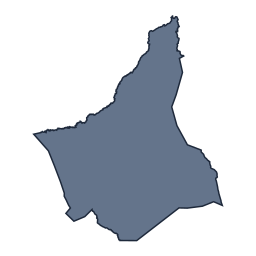 the district of Dashinchilen, Bulgan, Mongolia
{"feature_id": "93677404B19716621729133", "entity_name": "Dashinchilen", "entity_type": "district", "adm_level": 2, "iso_a3": "MNG", "parent_name": "Mongolia", "parent_adm1": "Bulgan", "projection": "albers", "projection_center": [104.04, 47.859], "detail": "fine", "context": "isolated", "style": "filled", "palette": "slate", "viewbox_px": 256, "rotation_deg": 0, "n_neighbors": 0, "source": "geoboundaries", "source_scale": "gbopen_adm2", "svg_char_len": 5644}
<svg xmlns="http://www.w3.org/2000/svg" viewBox="0 0 256 256"><path d="M183.7,56.0L183.2,55.5L181.8,55.5L181.0,55.0L180.1,53.6L180.1,52.1L180.0,51.6L179.8,51.4L178.4,51.0L177.7,50.6L177.4,50.9L177.0,50.8L177.0,50.2L177.3,49.8L177.3,49.5L177.0,49.0L176.8,48.1L177.5,46.0L177.5,45.3L177.1,44.2L177.6,43.6L178.2,43.3L178.2,41.9L178.7,40.6L179.0,39.0L179.0,38.4L178.1,38.0L177.3,37.0L177.3,36.2L177.5,35.9L177.4,35.3L176.7,33.2L175.9,32.2L175.9,31.7L176.0,31.3L176.5,31.1L177.2,31.6L177.6,31.6L177.7,29.9L177.2,29.2L177.3,28.9L177.8,28.4L178.1,27.0L178.8,26.9L179.1,26.6L179.2,26.3L178.5,25.6L178.5,25.0L178.0,24.0L178.0,22.8L177.2,21.6L177.3,20.9L178.1,19.6L176.8,16.9L175.8,16.7L175.4,16.9L174.6,18.3L173.3,18.3L172.6,17.0L172.6,15.4L172.4,16.3L172.1,16.6L172.4,17.2L171.3,17.3L171.1,17.5L171.5,18.0L171.5,20.3L171.6,20.5L171.4,21.0L170.7,21.6L170.1,22.8L168.9,23.5L167.7,23.7L165.7,25.5L165.2,25.7L164.9,25.8L164.9,25.4L164.4,24.7L163.6,24.9L163.1,25.2L163.0,25.7L161.9,26.6L160.7,26.8L160.4,27.2L158.8,27.3L157.8,28.2L156.4,28.8L154.5,30.2L152.6,31.3L151.4,30.7L150.2,31.0L149.6,31.6L149.3,32.4L148.9,33.0L148.8,33.8L149.0,34.2L148.8,35.6L149.2,36.5L149.1,37.5L148.4,38.6L149.2,40.7L148.9,41.1L148.3,41.3L148.1,42.0L147.8,42.5L147.9,43.1L148.7,43.9L149.5,44.2L149.3,44.4L149.4,45.2L149.0,45.5L148.9,45.8L149.0,48.4L148.9,48.7L148.5,49.2L148.7,50.2L148.1,50.8L148.0,51.1L147.7,51.3L147.6,51.5L146.7,51.9L146.3,52.5L146.1,53.1L144.9,54.0L144.2,54.3L143.1,55.4L142.3,55.6L141.8,56.8L141.0,57.4L140.4,58.4L139.8,60.2L138.8,61.6L138.5,62.2L138.6,63.4L138.2,63.9L138.1,64.5L137.5,65.3L137.4,65.8L136.9,66.1L136.8,66.9L136.2,67.6L135.7,67.7L135.6,68.1L135.2,68.3L135.2,68.8L134.3,69.1L134.1,69.6L133.6,69.9L133.4,70.7L133.2,71.0L133.1,71.6L132.3,72.3L132.1,72.8L131.1,72.2L130.4,72.5L130.2,72.7L130.3,73.0L129.9,73.1L129.7,73.5L128.8,73.9L128.3,74.5L127.9,74.5L127.3,74.7L127.4,75.1L126.7,75.4L125.8,76.3L125.4,75.9L125.1,76.0L123.0,77.5L122.4,78.4L121.8,79.8L121.8,80.2L121.4,80.6L121.1,81.1L120.2,81.9L119.7,82.9L119.9,83.5L119.5,83.5L119.4,84.0L118.9,84.0L118.8,84.3L118.9,84.6L118.2,85.3L118.3,86.1L117.6,86.9L117.6,87.2L117.4,87.4L117.3,88.7L116.3,89.4L116.4,90.1L116.1,90.2L115.9,91.3L116.7,91.9L116.3,93.0L116.1,93.1L116.3,93.5L115.3,93.6L115.2,94.7L114.6,95.3L114.7,96.1L114.3,96.4L114.3,96.8L113.9,97.6L114.8,98.5L114.4,98.9L114.4,99.2L114.4,99.4L114.7,99.7L114.5,100.0L114.7,100.8L114.2,101.6L113.2,102.3L112.6,103.3L111.1,103.0L110.5,103.6L110.4,104.2L110.5,104.5L109.6,104.7L109.1,105.3L108.9,105.8L108.2,105.7L108.0,105.9L108.2,106.3L107.1,106.4L107.2,106.7L107.0,106.8L107.1,107.1L107.0,107.4L106.5,107.2L106.2,107.5L103.5,108.4L103.3,108.6L103.2,108.8L102.8,109.0L103.0,109.7L101.5,110.3L100.2,111.1L99.3,112.2L99.0,112.3L98.7,112.7L97.3,113.3L96.6,113.4L96.1,114.0L95.6,114.3L94.9,115.0L94.2,115.0L94.0,114.7L93.6,114.7L93.5,114.2L93.1,114.2L91.9,114.2L92.1,114.5L91.9,114.6L91.4,114.2L90.9,114.3L90.3,114.2L89.9,114.7L89.5,114.5L89.4,114.8L89.6,115.6L89.4,115.2L88.9,115.1L87.9,116.0L87.9,116.7L87.6,116.7L87.2,117.3L86.7,117.6L86.7,118.6L87.0,119.4L86.7,119.9L86.8,120.4L86.1,121.0L85.9,121.9L85.0,122.4L84.8,123.0L84.5,123.1L84.1,122.6L83.8,122.6L82.3,122.9L82.0,123.2L81.9,123.1L81.9,122.5L81.3,122.3L81.0,121.7L80.7,121.8L80.2,121.3L79.9,122.2L79.7,122.3L78.9,122.4L78.3,122.6L77.9,123.2L77.4,122.9L77.2,123.0L76.5,124.0L76.9,124.4L76.9,124.8L76.7,124.8L76.5,124.4L76.3,124.6L76.4,125.2L76.1,125.5L76.5,125.8L75.5,125.6L75.2,125.8L75.6,126.6L75.4,126.5L75.0,126.8L75.0,127.0L75.3,127.2L74.9,127.7L73.7,127.4L73.2,127.6L72.5,127.5L72.6,127.1L71.8,127.2L71.1,127.1L70.5,127.4L70.1,126.8L69.7,126.6L69.5,126.8L69.4,127.3L68.8,127.0L68.5,127.0L68.6,127.6L68.5,127.8L68.0,127.6L67.9,127.8L68.2,128.1L67.4,128.0L67.7,127.3L67.4,127.1L66.8,127.6L65.9,127.4L65.0,128.0L64.9,127.8L64.6,127.8L64.2,128.5L63.9,128.5L63.6,128.7L63.4,128.5L62.9,128.9L62.3,128.5L61.5,128.9L60.9,128.6L59.5,128.7L59.3,128.4L58.9,128.6L58.3,128.3L58.3,128.8L58.0,129.0L57.7,128.8L57.4,128.9L56.9,129.6L56.7,130.2L56.1,129.9L54.9,130.0L54.2,130.5L53.4,130.6L53.2,130.5L53.2,130.1L53.0,129.9L51.3,130.2L50.3,129.8L49.9,130.0L50.1,130.6L49.6,130.5L49.2,130.9L49.0,130.6L48.5,130.4L48.6,130.1L48.0,129.6L47.8,129.9L47.0,130.1L46.4,130.5L46.3,131.5L46.1,131.2L45.9,131.3L45.9,131.6L45.7,131.6L45.5,131.1L44.7,131.3L44.6,131.6L44.8,132.0L44.6,131.9L44.3,132.1L43.2,132.2L42.3,131.5L41.4,132.4L41.0,132.3L40.9,132.6L33.7,134.2L48.4,150.8L54.3,165.5L60.5,181.8L64.3,193.1L64.2,196.2L66.2,200.0L68.6,205.2L70.4,208.0L65.9,213.4L73.9,221.2L84.8,216.6L92.0,209.5L92.1,210.2L92.3,210.4L92.5,211.1L93.6,211.5L94.9,214.0L96.0,214.7L96.6,215.4L97.1,217.5L96.7,217.8L96.7,218.1L97.7,219.1L97.4,222.8L98.4,223.7L99.6,224.4L100.4,225.4L101.6,225.8L102.3,226.5L103.5,226.9L105.5,228.0L106.2,227.8L107.0,228.0L109.0,229.5L109.9,229.7L110.3,229.5L110.8,229.6L111.2,229.9L111.3,230.6L112.4,231.0L112.5,231.5L114.4,233.0L115.1,233.1L115.4,233.4L116.3,233.3L117.4,234.1L117.8,234.6L117.8,234.8L117.4,235.0L117.4,235.3L117.8,235.8L117.9,236.7L118.3,237.2L118.1,237.7L118.5,238.0L118.9,239.7L119.7,239.8L119.9,240.5L136.7,240.6L179.0,207.9L187.3,208.1L202.4,206.2L213.6,201.7L222.3,205.4L221.1,202.0L221.0,200.8L218.8,193.3L218.6,191.8L217.9,189.4L217.6,187.0L216.3,180.9L215.7,179.5L215.8,178.2L217.0,177.5L217.3,177.0L217.0,175.4L217.1,173.9L216.5,172.0L214.2,169.6L211.2,168.3L210.6,167.6L210.8,166.1L210.4,165.6L209.8,163.7L209.7,161.7L209.0,161.5L208.8,160.9L207.6,160.2L206.4,158.6L205.0,157.6L204.3,156.3L203.6,154.3L201.2,152.0L201.2,150.1L187.4,144.8L176.9,125.6L171.7,106.9L176.1,94.9L182.5,72.4L179.4,58.4L183.7,56.0Z" fill="#64748b" stroke="#1e293b" stroke-width="1.5"/></svg>